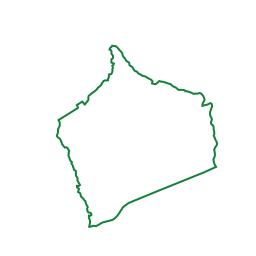 Passagem Franca, Maranhão, Brazil (Albers equal-area conic projection), rotated 329°
{"feature_id": "56859067B615678742471", "entity_name": "Passagem Franca", "entity_type": "district", "adm_level": 2, "iso_a3": "BRA", "parent_name": "Brazil", "parent_adm1": "Maranhão", "projection": "albers", "projection_center": [-43.757, -6.116], "detail": "fine", "context": "isolated", "style": "outline", "palette": "green", "viewbox_px": 256, "rotation_deg": 329, "n_neighbors": 0, "source": "geoboundaries", "source_scale": "gbopen_adm2", "svg_char_len": 3213}
<svg xmlns="http://www.w3.org/2000/svg" viewBox="0 0 256 256"><g transform="rotate(329 128 128)"><path d="M72.5,85.4L72.6,87.1L72.2,88.1L70.8,90.8L69.2,91.8L68.4,92.5L67.3,93.1L66.4,94.5L65.9,95.5L64.8,96.5L63.5,97.6L62.9,98.5L63.0,99.7L63.9,101.7L64.1,102.8L63.8,104.8L63.7,106.1L63.2,107.8L63.5,110.6L63.9,112.4L65.4,112.9L65.9,114.2L65.7,115.9L65.8,117.5L64.3,118.6L64.0,119.7L62.8,120.8L62.5,122.6L62.1,124.5L61.8,126.5L62.3,128.5L61.3,129.2L61.3,130.4L61.3,131.7L60.9,132.9L60.8,134.0L60.3,135.7L60.5,136.8L61.2,137.8L60.7,139.1L59.9,140.1L59.0,141.6L58.8,142.7L59.0,144.1L58.9,145.2L57.8,146.5L57.5,149.0L57.6,150.7L57.4,152.2L56.0,152.3L54.5,151.3L53.8,152.7L54.7,154.8L53.8,155.7L52.2,157.1L53.3,159.0L53.1,160.7L52.5,162.1L52.7,163.8L53.2,165.3L53.3,167.3L53.8,168.9L53.1,170.8L52.9,172.1L52.9,173.5L52.8,175.1L51.5,175.9L51.0,177.0L50.4,178.5L50.6,180.0L51.6,180.9L52.4,182.2L51.9,183.7L50.2,183.8L49.4,183.0L48.2,184.8L48.0,186.8L47.1,188.9L46.5,190.0L45.0,191.4L43.9,192.6L44.8,193.3L46.0,193.5L47.9,193.9L50.0,195.7L57.7,195.9L64.1,197.9L66.0,198.4L68.0,198.8L70.1,198.6L71.3,198.4L73.7,197.7L77.3,196.2L78.7,195.3L79.8,194.8L81.4,194.2L82.5,193.4L89.7,192.6L117.5,196.8L163.6,204.1L169.6,205.1L183.5,206.7L183.4,204.5L183.8,202.4L184.5,200.4L185.1,198.7L187.3,197.4L188.4,196.2L189.4,194.4L190.0,193.1L190.6,191.1L192.2,189.9L193.2,189.3L195.4,188.3L196.4,187.3L196.9,184.8L196.9,183.1L197.3,181.2L197.4,180.0L197.5,178.7L198.6,178.0L199.4,176.7L200.3,174.8L200.6,173.5L202.0,171.0L202.1,169.6L201.4,167.4L202.0,165.9L203.7,164.4L204.5,163.6L204.9,160.0L205.3,158.8L205.9,157.6L206.6,156.6L209.9,153.8L210.9,153.2L211.9,151.5L212.1,150.2L211.2,149.0L209.6,148.9L208.3,148.9L206.7,148.4L205.2,147.9L203.2,147.3L204.8,145.3L206.7,144.3L208.1,143.3L208.6,142.0L208.8,140.9L209.0,139.2L208.3,135.8L207.2,134.8L205.3,134.4L203.5,133.2L202.0,132.7L201.1,131.4L200.2,130.1L199.5,129.1L198.3,127.8L197.4,126.7L196.1,126.1L195.9,124.7L194.7,123.7L192.7,122.3L191.1,121.5L190.6,120.4L190.1,118.7L189.6,117.6L188.4,116.0L187.7,114.6L187.1,112.3L186.0,111.2L184.9,110.0L183.1,107.8L181.6,106.2L180.0,105.2L179.3,104.0L177.6,104.0L175.8,104.6L174.1,104.5L173.0,103.7L171.5,102.1L173.1,100.6L172.7,98.6L171.4,96.5L170.6,95.2L169.8,93.4L168.8,92.1L168.0,91.4L167.2,90.6L166.6,89.2L165.7,87.8L164.8,86.2L164.8,84.5L163.9,83.5L163.2,82.4L163.0,80.9L163.1,79.0L162.9,77.3L162.0,76.1L161.7,74.6L162.3,73.6L162.6,72.4L162.0,71.4L161.1,69.6L161.2,66.9L160.9,65.4L160.7,64.3L161.0,62.6L161.6,60.9L161.4,59.2L161.0,57.6L160.6,55.2L160.1,52.7L159.5,51.4L158.1,50.4L156.8,49.3L155.4,50.0L153.9,50.2L152.5,51.3L153.4,52.3L153.3,53.9L152.5,55.0L152.1,56.3L152.4,58.0L151.6,59.8L150.7,60.5L149.3,60.5L148.4,61.7L147.5,63.4L148.5,64.6L149.1,65.6L148.2,66.3L146.6,66.5L146.1,68.6L144.7,69.7L144.2,71.0L142.1,72.9L140.9,73.1L139.5,72.3L138.6,73.2L137.8,74.6L136.3,75.5L135.4,76.8L132.7,75.4L131.3,75.1L128.7,76.3L127.1,77.3L124.9,77.8L123.4,77.9L121.9,78.5L120.0,79.1L118.4,79.3L116.5,79.5L114.8,79.5L113.6,79.8L110.9,80.2L109.7,81.4L108.7,83.4L107.0,84.2L105.4,84.7L104.3,85.0L103.1,85.6L102.8,84.5L102.4,81.8L95.9,82.0L95.9,83.5L95.5,85.0L81.5,85.3L79.0,85.3L72.5,85.4Z" fill="none" stroke="#15803d" stroke-width="2"/></g></svg>